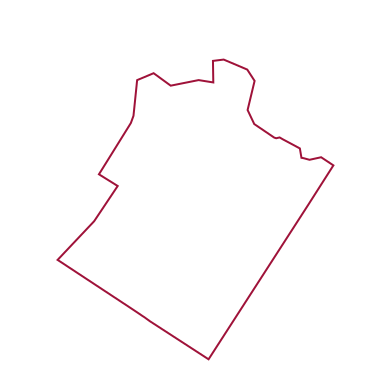 Forsyth, North Carolina, United States of America, rotated 122°
{"feature_id": "52423323B50145770853492", "entity_name": "Forsyth", "entity_type": "district", "adm_level": 2, "iso_a3": "USA", "parent_name": "United States of America", "parent_adm1": "North Carolina", "projection": "equal_earth", "projection_center": [-80.334, 36.117], "detail": "fine", "context": "isolated", "style": "outline", "palette": "rose", "viewbox_px": 384, "rotation_deg": 122, "n_neighbors": 0, "source": "geoboundaries", "source_scale": "gbopen_adm2", "svg_char_len": 713}
<svg xmlns="http://www.w3.org/2000/svg" viewBox="0 0 384 384"><g transform="rotate(122 192 192)"><path d="M325.1,89.3L139.5,86.6L137.8,86.6L94.5,86.2L94.1,100.9L102.4,109.4L104.1,115.0L104.2,115.3L104.8,116.9L105.0,117.3L97.9,123.6L99.2,143.1L99.3,146.6L101.5,148.8L101.8,149.1L102.1,150.3L102.3,151.1L101.4,175.2L93.0,188.3L64.6,197.8L58.9,210.0L62.9,235.3L69.7,243.7L87.8,232.0L93.6,245.7L113.1,266.4L111.6,287.5L125.6,297.4L126.2,297.8L128.3,296.8L130.7,295.6L153.7,284.3L158.4,282.0L165.9,280.4L212.7,280.3L226.3,280.3L226.3,275.0L226.3,271.6L226.3,258.2L268.6,259.5L320.8,270.0L323.0,179.5L323.3,170.4L323.4,168.2L323.4,166.5L323.9,159.1L325.1,89.3Z" fill="none" stroke="#9f1239" stroke-width="2"/></g></svg>